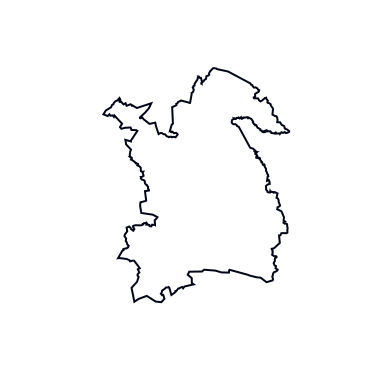 outline of Olinalá, Guerrero, Mexico, rotated 39°
{"feature_id": "50627088B95412074222990", "entity_name": "Olinalá", "entity_type": "district", "adm_level": 2, "iso_a3": "MEX", "parent_name": "Mexico", "parent_adm1": "Guerrero", "projection": "mercator", "projection_center": [-98.791, 17.883], "detail": "fine", "context": "isolated", "style": "outline", "palette": "ink", "viewbox_px": 384, "rotation_deg": 39, "n_neighbors": 0, "source": "geoboundaries", "source_scale": "gbopen_adm2", "svg_char_len": 6034}
<svg xmlns="http://www.w3.org/2000/svg" viewBox="0 0 384 384"><g transform="rotate(39 192 192)"><path d="M84.5,164.8L83.7,167.0L79.6,166.4L79.4,167.4L79.0,167.5L77.9,166.8L78.1,165.3L76.5,164.6L76.4,167.9L75.4,169.4L75.2,172.3L75.7,173.2L75.1,174.9L75.8,177.0L73.7,182.8L74.3,187.4L78.7,186.0L78.9,183.6L80.6,184.1L82.1,182.4L84.0,182.8L83.6,181.4L94.7,182.9L95.2,186.9L97.3,187.3L99.6,184.2L103.7,180.5L105.9,181.9L109.6,179.1L111.1,178.9L112.2,190.5L112.7,191.1L107.4,193.4L110.9,196.5L117.9,197.4L118.5,199.3L120.0,202.0L121.5,203.6L121.8,203.4L122.1,203.4L121.8,203.7L124.0,203.7L124.2,205.2L125.3,204.8L130.2,204.6L130.0,205.0L130.3,205.1L131.8,204.7L132.3,204.2L132.7,204.4L132.9,205.7L134.7,205.2L136.7,205.3L139.2,207.9L140.7,207.6L141.3,207.0L141.4,208.0L144.2,209.9L143.7,211.4L142.8,212.5L143.3,212.7L143.6,213.6L145.3,213.9L147.0,213.1L148.1,213.1L149.8,214.7L151.4,215.2L152.9,215.0L153.4,215.4L154.6,215.6L155.8,217.1L157.2,217.4L157.6,218.0L154.9,220.9L161.8,227.5L161.6,228.2L158.4,232.5L160.3,235.3L165.8,240.2L175.8,234.3L181.0,233.3L181.1,235.5L180.8,237.4L183.9,240.8L183.5,240.8L182.7,241.9L181.5,242.6L182.0,244.3L180.5,245.2L179.6,244.5L177.1,246.0L177.0,244.8L175.7,244.6L175.7,245.1L174.3,246.4L174.4,247.5L173.8,247.9L174.2,248.7L173.6,249.8L168.9,253.5L167.6,255.3L168.1,256.3L170.5,257.1L170.7,259.1L167.7,259.1L166.5,258.4L164.9,258.4L163.6,260.8L166.4,263.3L166.6,267.2L167.1,268.7L170.2,269.7L171.3,271.7L172.5,272.0L174.7,273.4L176.7,273.7L176.7,274.7L177.2,275.2L176.4,277.4L175.7,277.8L174.6,279.8L175.3,280.3L174.8,281.6L176.2,289.9L176.7,289.3L183.3,285.2L186.3,284.4L187.5,284.9L188.7,283.1L190.2,281.8L199.4,284.1L198.5,286.1L201.8,287.7L201.5,289.6L201.6,290.3L202.2,291.2L203.9,291.5L205.8,296.4L205.3,304.5L216.3,313.6L217.7,308.9L222.2,301.2L232.7,300.0L237.5,296.9L237.8,292.3L234.4,290.1L233.6,291.0L231.8,290.6L231.9,289.5L230.8,287.5L231.7,284.5L231.9,282.5L233.4,281.3L233.6,280.6L234.6,280.7L240.8,285.0L242.1,280.4L241.4,279.4L242.2,278.6L242.0,275.8L242.8,275.0L242.7,274.6L244.1,272.0L245.7,272.4L245.6,270.2L251.5,262.7L249.1,262.8L246.0,259.1L240.8,259.0L240.0,255.7L249.8,247.5L250.3,244.8L259.6,238.4L265.6,235.9L271.4,231.4L270.1,229.4L270.2,228.8L287.5,221.2L289.3,220.7L295.9,217.6L299.2,215.4L306.7,215.2L310.3,209.9L309.8,208.7L307.5,207.1L307.3,205.9L306.4,204.6L306.2,202.8L307.5,200.4L307.7,199.2L307.4,198.4L305.0,198.7L303.9,196.7L302.4,197.1L300.2,195.9L299.8,193.4L298.9,192.6L298.3,191.2L298.8,189.6L298.3,189.0L297.5,189.1L297.1,190.0L293.8,190.4L292.9,188.3L292.1,187.8L291.9,187.1L289.7,186.1L289.8,185.7L290.7,184.9L291.2,183.6L292.3,176.3L287.0,171.0L287.9,170.0L287.4,167.7L291.5,164.4L291.7,163.6L289.5,160.8L289.0,159.8L287.3,158.5L286.2,157.2L285.0,157.3L283.8,158.3L282.5,158.4L282.1,157.8L282.8,156.4L281.0,156.3L279.3,153.7L273.6,150.7L269.1,151.8L268.1,150.0L269.0,148.0L268.9,147.0L265.6,145.2L264.5,143.9L262.9,143.0L261.3,143.3L259.4,139.3L256.3,140.0L256.0,141.1L254.8,141.0L254.2,141.7L253.4,141.8L253.1,142.8L252.4,142.4L252.8,143.2L251.7,144.2L250.8,144.5L249.9,143.8L248.1,143.5L245.8,140.9L245.8,139.8L246.5,137.8L247.3,136.8L246.4,136.1L246.2,135.5L244.2,134.4L243.3,136.1L241.0,132.3L241.3,131.7L241.0,131.5L240.1,130.7L239.0,130.5L237.1,129.2L236.2,129.1L234.9,127.4L232.6,126.6L231.6,125.5L231.3,125.8L230.6,125.3L230.2,126.0L229.6,125.8L229.5,126.0L227.9,124.8L227.4,125.1L227.3,124.7L224.2,123.9L223.8,123.2L223.2,123.7L222.7,123.2L222.1,123.8L220.8,123.4L221.3,124.5L220.3,124.9L219.7,124.0L219.7,122.7L218.4,122.2L217.5,122.7L217.1,122.5L217.0,122.1L217.5,121.6L217.4,120.7L216.9,120.9L217.2,120.1L216.2,120.7L215.8,120.2L214.7,120.8L214.5,120.0L212.1,119.9L209.4,121.0L187.3,111.9L185.5,112.4L184.6,111.9L183.3,111.9L181.4,113.3L179.8,113.3L178.9,112.8L177.9,111.0L178.2,109.1L178.6,108.8L178.3,108.6L178.8,108.5L178.8,108.0L179.8,108.0L180.2,107.5L180.0,106.4L181.2,105.5L181.3,104.8L182.6,104.9L182.9,103.7L183.1,104.0L184.7,103.8L184.8,103.5L184.2,102.7L185.4,102.2L185.3,101.5L186.6,100.7L187.6,99.2L189.0,99.4L188.9,98.6L192.2,97.9L195.1,98.8L195.3,99.5L197.5,100.2L198.4,99.9L199.1,100.4L199.9,99.6L202.4,100.8L205.5,100.2L206.3,101.1L207.7,100.4L208.3,100.9L209.3,100.8L210.2,100.4L211.1,99.3L211.1,98.9L210.0,98.8L211.1,97.0L211.7,97.1L211.8,97.6L212.3,97.7L213.1,96.6L214.3,96.1L214.5,95.6L216.1,95.8L216.5,96.2L219.0,94.7L219.3,93.8L220.0,94.3L220.3,94.0L220.2,93.2L220.6,93.3L221.5,92.9L223.2,91.3L223.8,91.6L223.9,89.3L225.6,88.8L226.3,87.1L227.8,87.2L228.8,86.0L229.6,84.1L229.2,83.5L227.1,83.5L224.2,84.3L222.3,82.8L219.5,83.4L216.6,82.4L214.3,84.1L213.2,82.2L211.1,80.4L209.9,80.0L208.5,80.8L205.8,81.2L202.7,76.5L201.7,75.9L199.1,75.3L197.9,74.3L195.8,74.5L194.9,75.0L194.1,74.9L193.5,73.3L191.0,72.8L190.3,72.1L189.5,73.2L188.9,76.7L188.2,78.5L186.6,78.6L184.4,77.7L181.2,80.1L180.5,79.7L180.9,77.9L179.4,76.3L179.7,74.7L180.6,72.7L180.6,71.4L180.1,70.6L179.2,71.0L177.7,70.4L175.7,70.6L174.5,71.8L172.7,71.6L171.4,71.0L170.5,71.4L168.9,70.9L144.1,75.7L134.2,80.7L133.0,80.8L130.5,82.4L130.1,86.9L130.6,89.1L131.6,90.1L131.4,91.2L130.3,93.0L131.7,95.2L131.1,97.1L131.3,98.2L130.8,100.9L131.6,101.9L131.1,102.0L130.5,101.1L130.5,99.5L129.5,99.4L127.1,97.7L126.3,98.4L124.5,98.0L124.0,98.4L124.6,98.8L124.6,99.9L125.1,100.3L125.5,101.2L125.9,106.1L127.0,107.7L126.5,108.7L126.6,109.4L127.2,110.0L127.0,110.4L129.0,111.4L129.9,113.5L129.4,115.3L130.2,116.3L134.4,123.9L133.7,124.5L132.8,124.7L125.9,127.8L124.5,131.2L124.9,132.2L124.3,133.4L125.2,134.4L123.2,138.6L134.1,150.8L133.9,152.6L136.5,158.7L136.9,158.2L137.8,158.6L138.3,157.8L138.9,158.1L139.3,157.5L141.0,157.6L142.4,156.1L143.7,156.0L144.7,156.4L144.8,159.8L143.1,160.6L141.9,162.1L140.7,162.2L139.5,164.0L138.4,164.1L137.2,164.6L134.8,164.1L133.5,165.0L131.7,165.1L130.4,166.0L129.6,168.0L122.3,163.3L119.8,161.2L116.1,165.8L108.5,165.9L106.7,165.4L105.5,167.2L105.1,167.3L104.6,166.8L105.6,159.9L105.8,154.0L104.5,148.7L96.3,161.4L91.6,162.1L90.8,163.5L90.9,162.3L89.0,162.5L86.9,166.2L84.5,164.8Z" fill="none" stroke="#020617" stroke-width="2"/></g></svg>